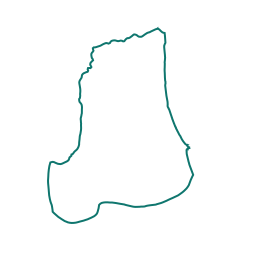 outline of Ar Raydah wa Qussay'ar, Hadramawt, Yemen, rotated 279°
{"feature_id": "15242507B55233567675049", "entity_name": "Ar Raydah wa Qussay'ar", "entity_type": "district", "adm_level": 2, "iso_a3": "YEM", "parent_name": "Yemen", "parent_adm1": "Hadramawt", "projection": "mercator", "projection_center": [50.363, 15.159], "detail": "fine", "context": "isolated", "style": "outline", "palette": "teal", "viewbox_px": 256, "rotation_deg": 279, "n_neighbors": 0, "source": "geoboundaries", "source_scale": "gbopen_adm2", "svg_char_len": 5137}
<svg xmlns="http://www.w3.org/2000/svg" viewBox="0 0 256 256"><g transform="rotate(279 128 128)"><path d="M33.5,66.7L32.3,68.3L30.2,71.6L29.2,73.2L28.5,74.8L27.6,76.7L26.9,78.4L26.2,80.0L25.8,81.8L25.4,83.4L25.3,85.5L25.4,87.3L25.8,89.3L26.4,91.4L27.2,93.3L28.0,95.0L29.6,98.7L30.6,100.6L31.5,102.4L32.5,103.9L33.5,105.5L34.5,106.9L35.6,108.4L37.0,109.7L38.6,110.7L40.3,111.1L42.2,111.3L44.1,111.5L47.5,111.5L49.0,112.6L50.0,114.0L50.7,115.9L51.1,117.6L51.4,119.6L51.6,122.2L51.9,124.1L52.0,127.8L51.9,132.2L51.9,134.1L51.9,136.1L51.6,138.2L51.2,143.6L51.1,145.5L51.2,147.5L51.6,149.6L51.9,151.3L52.4,153.2L52.7,155.0L53.1,156.7L54.0,158.5L54.6,160.2L55.3,162.5L56.7,167.5L57.1,168.1L59.0,172.2L60.0,174.0L60.2,174.3L62.2,177.5L63.4,179.2L64.6,181.0L65.8,182.9L67.1,184.8L69.2,187.9L70.3,189.1L73.0,191.8L74.5,193.1L76.1,194.3L77.5,195.3L79.2,196.2L81.0,197.0L84.5,197.7L86.5,198.1L90.1,199.1L91.9,199.7L94.8,198.1L96.2,197.3L99.9,195.2L101.5,194.3L101.8,194.2L102.1,194.1L102.7,193.8L103.0,193.7L104.4,193.0L105.4,192.6L105.7,192.5L107.1,191.9L110.0,190.7L111.5,190.1L113.2,189.7L113.3,189.7L113.7,189.6L114.1,189.6L114.5,189.4L115.5,189.3L116.0,189.4L116.0,189.5L116.3,189.8L116.2,190.0L116.2,190.3L116.3,190.3L116.6,190.3L116.8,190.4L116.9,190.5L117.0,190.6L117.4,190.5L117.5,190.6L117.6,190.8L117.6,191.1L117.7,191.4L117.8,191.3L118.0,191.4L118.3,191.5L118.4,191.4L118.5,191.4L118.6,191.1L118.6,190.9L118.8,190.4L119.0,190.1L119.2,189.9L119.5,189.5L119.8,189.5L119.8,189.4L120.1,189.0L120.3,188.9L120.4,189.0L120.4,188.9L120.5,188.9L120.5,188.7L120.8,188.5L121.0,188.5L121.3,188.4L121.2,188.4L121.1,188.5L121.0,188.3L120.9,188.2L120.9,187.7L121.0,187.4L121.1,187.2L121.5,186.7L121.8,186.4L122.8,185.3L124.1,184.0L124.7,183.5L125.4,182.9L125.9,182.5L127.1,181.7L127.4,181.4L127.9,181.2L128.0,181.1L128.7,180.4L129.1,180.0L129.5,179.7L130.0,179.3L132.1,177.8L132.3,177.6L132.7,177.3L133.9,176.5L134.1,176.4L134.2,176.2L135.2,175.5L135.3,175.5L135.5,175.4L135.8,175.3L135.9,175.1L136.1,175.0L136.3,174.9L136.5,174.7L136.8,174.6L136.9,174.4L137.1,174.4L137.3,174.2L138.9,173.2L139.1,173.1L139.3,173.0L139.5,172.9L139.7,172.7L139.8,172.7L140.3,172.4L141.0,172.0L141.7,171.6L141.8,171.5L142.0,171.4L142.7,171.1L142.9,170.9L143.5,170.6L143.7,170.4L143.9,170.3L144.0,170.3L144.3,170.2L144.6,170.0L145.1,169.8L145.3,169.6L145.8,169.4L146.0,169.3L146.2,169.2L147.3,168.6L150.4,167.0L152.7,165.8L153.2,165.3L153.6,165.2L154.0,164.9L154.1,164.7L155.1,164.0L155.6,163.8L155.8,163.7L157.2,163.5L157.4,163.5L157.7,163.5L158.0,163.4L159.9,163.0L160.5,162.8L160.8,162.7L165.9,160.9L169.4,159.9L174.3,158.5L175.7,158.1L177.2,158.0L177.6,158.1L179.8,157.7L180.5,157.3L183.5,156.6L186.1,156.1L188.6,155.6L190.3,155.2L191.3,155.1L191.9,154.9L192.6,154.9L196.4,154.4L197.7,154.2L197.9,154.1L198.8,153.9L199.9,153.9L201.0,153.8L201.8,153.8L202.1,153.7L202.7,153.7L203.1,153.7L203.8,153.5L206.1,153.0L208.0,152.5L211.1,151.7L213.5,151.1L214.9,150.9L215.5,151.0L216.6,151.2L217.1,151.3L217.8,151.6L218.2,151.6L221.7,150.8L225.1,150.0L227.6,149.3L227.6,148.4L227.8,147.1L228.5,145.9L229.3,144.7L230.0,143.8L230.7,142.4L230.5,141.6L230.4,141.2L230.5,141.2L230.4,141.1L229.8,139.8L229.1,138.8L228.3,137.6L226.8,135.4L226.0,134.4L225.5,133.2L224.8,132.0L223.9,131.0L223.0,130.0L221.1,128.1L220.3,127.1L220.0,125.8L219.9,124.5L220.4,123.2L221.1,122.1L221.4,120.9L221.4,119.4L220.5,118.4L219.5,117.6L218.5,116.6L217.5,115.6L216.9,114.6L216.6,113.2L215.5,112.1L214.4,111.4L213.2,110.8L212.8,109.6L213.2,108.4L213.2,107.1L212.7,106.0L212.2,104.6L212.3,103.4L212.5,101.9L212.4,100.6L212.0,99.3L211.4,98.1L210.4,97.3L209.2,96.9L208.3,95.6L208.5,94.4L208.5,93.1L207.9,91.9L207.2,90.8L206.5,89.8L205.5,88.6L204.8,87.6L204.2,86.4L203.6,85.2L203.0,84.1L202.5,82.9L202.2,81.5L201.3,80.8L200.1,81.2L198.9,81.8L197.7,81.3L196.7,80.6L195.4,80.2L194.1,80.4L192.9,80.8L191.6,81.3L190.6,82.3L189.4,82.9L188.4,82.1L187.3,81.3L186.1,80.7L184.5,80.8L183.5,81.6L182.5,82.3L181.3,81.6L181.2,80.3L180.9,79.1L179.6,79.0L178.4,79.7L177.2,79.3L176.7,78.2L175.9,76.9L175.2,75.8L174.3,74.9L173.1,74.3L171.9,74.3L170.5,74.3L168.0,73.2L166.8,72.8L165.6,72.7L164.3,73.0L162.9,73.5L160.5,74.3L159.2,74.7L157.9,75.0L156.6,75.2L155.3,75.3L153.9,75.4L152.7,75.7L151.3,75.8L150.1,75.8L148.9,75.2L147.6,75.5L146.3,76.0L145.4,77.0L144.5,78.0L143.4,78.7L142.1,79.1L140.7,79.4L139.4,79.5L136.8,79.9L135.3,80.1L134.0,80.0L132.7,80.0L131.4,79.9L130.2,79.8L128.9,80.0L127.5,80.4L126.3,80.6L125.0,81.0L123.7,81.1L121.1,81.6L119.8,81.8L118.5,81.9L114.6,81.9L113.3,81.7L111.9,81.7L110.6,81.8L109.3,81.9L106.7,82.0L105.4,82.1L104.1,82.3L102.8,82.2L101.6,82.0L100.3,81.6L99.1,81.1L98.0,80.3L97.0,79.4L95.9,78.6L94.8,78.1L93.6,77.4L93.0,76.3L91.7,76.4L90.7,75.6L89.7,74.8L88.4,74.7L87.2,74.4L86.2,73.7L85.3,72.7L84.6,71.6L83.0,69.3L82.3,68.2L81.8,67.0L81.7,65.6L81.7,64.2L82.3,61.7L82.7,60.4L82.8,59.0L82.3,57.7L81.8,56.7L78.1,56.3L76.3,56.3L74.5,56.3L72.6,56.4L70.8,56.5L68.1,56.8L66.1,57.0L63.9,57.2L62.1,57.5L60.3,57.9L58.4,58.4L54.8,59.3L53.1,59.7L51.1,60.2L49.1,60.7L47.4,61.3L45.7,61.9L43.5,62.8L41.9,63.6L40.2,64.6L38.7,65.2L35.2,66.3L33.5,66.7Z" fill="none" stroke="#0f766e" stroke-width="2"/></g></svg>